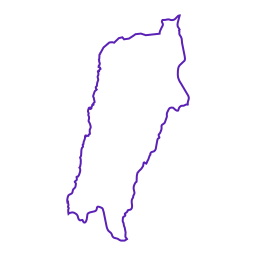 the border of Atacama
{"feature_id": "CHL-2696", "entity_name": "Atacama", "entity_type": "Region", "adm_level": 1, "iso_a3": "CHL", "parent_name": "Chile", "parent_adm1": "", "projection": "equal_earth", "projection_center": [-70.184, -27.52], "detail": "fine", "context": "isolated", "style": "outline", "palette": "violet", "viewbox_px": 256, "rotation_deg": 0, "n_neighbors": 0, "source": "natural_earth", "source_scale": "10m", "svg_char_len": 5680}
<svg xmlns="http://www.w3.org/2000/svg" viewBox="0 0 256 256"><path d="M179.7,15.4L177.7,22.8L177.5,24.7L177.6,25.7L177.8,26.6L179.1,28.7L179.6,29.7L179.0,30.5L179.4,31.6L179.3,32.9L179.4,34.3L180.1,35.6L180.8,36.5L181.3,37.7L181.7,39.0L182.1,43.2L184.7,56.3L185.0,58.9L184.6,60.6L179.7,65.2L178.6,67.0L178.2,68.7L177.9,70.8L177.8,74.8L178.1,77.4L178.8,79.5L179.7,81.5L181.0,83.5L188.2,95.7L188.7,97.1L188.8,98.6L188.6,99.5L188.0,101.4L187.8,102.3L187.7,102.9L187.8,104.2L187.7,104.6L187.4,104.6L186.4,104.5L185.9,104.6L184.2,105.5L183.5,105.7L181.5,105.8L180.6,106.2L179.8,106.9L179.1,107.8L178.7,108.9L178.4,109.9L178.0,110.6L177.1,110.7L175.6,110.0L174.3,108.8L173.0,107.7L171.3,107.6L169.9,108.0L169.4,108.4L168.8,109.2L167.2,112.4L166.9,113.5L166.8,114.4L166.9,116.4L166.7,117.3L164.9,122.3L164.5,123.0L163.8,123.6L162.5,124.5L161.9,125.0L161.6,125.6L161.5,126.3L161.5,127.0L161.6,127.6L161.5,128.9L161.2,130.2L160.2,132.7L159.9,133.2L159.0,134.2L158.7,134.7L158.7,135.5L158.9,136.2L159.2,136.8L159.4,137.5L159.2,137.9L158.1,138.5L157.8,138.9L157.5,139.5L157.1,141.4L155.7,149.1L155.0,150.4L154.0,151.3L151.8,152.0L151.2,152.3L150.7,152.9L150.3,153.6L150.3,154.0L150.4,154.4L150.4,154.7L149.7,155.5L148.3,159.5L147.4,161.1L146.6,163.1L146.3,163.6L145.7,163.4L144.9,162.8L144.2,162.4L143.6,162.9L143.2,165.5L142.9,166.4L141.2,168.9L139.2,170.8L137.5,172.9L137.4,173.1L136.8,175.9L136.6,181.2L136.5,181.8L136.3,182.0L136.0,182.1L135.7,182.3L134.9,183.6L134.2,185.1L133.7,186.8L133.6,188.5L133.8,189.6L134.3,191.8L134.5,192.9L134.3,193.8L133.2,196.1L133.2,196.5L133.2,197.0L133.1,197.4L132.9,197.8L132.5,198.5L132.1,199.2L131.8,200.2L131.7,201.2L131.7,202.2L131.8,203.2L132.1,205.7L132.0,207.0L131.8,208.1L131.1,209.2L130.2,209.7L128.3,210.1L127.7,210.4L127.6,210.7L127.6,211.0L127.3,211.6L126.9,212.1L125.9,212.8L125.3,213.4L125.1,213.5L124.9,213.6L124.8,213.9L124.8,214.2L125.3,214.9L125.3,215.3L125.1,215.7L124.8,216.1L124.4,216.4L124.0,216.5L123.2,217.1L122.9,218.1L122.7,220.5L122.8,221.4L123.0,222.1L123.4,222.7L123.6,223.5L124.0,226.0L124.3,226.5L124.5,227.1L124.7,227.6L125.6,232.4L125.5,233.9L125.4,235.4L125.4,236.6L125.7,237.5L126.7,238.5L127.0,239.1L126.3,239.5L125.0,240.4L124.5,240.6L124.2,240.6L121.0,240.6L120.2,240.3L119.2,239.8L118.1,239.0L117.2,238.6L114.1,237.8L113.0,237.0L112.4,236.1L111.7,234.2L111.3,233.5L110.9,232.9L108.5,230.9L107.8,229.8L107.3,228.8L106.7,227.0L103.7,212.1L102.8,209.1L102.3,208.3L101.6,207.8L99.1,206.8L98.4,206.7L97.8,206.7L97.2,207.1L97.0,207.5L96.9,208.0L96.8,208.7L96.6,209.4L96.3,210.1L95.7,210.8L94.6,211.3L89.9,212.4L88.6,213.0L87.8,213.6L87.6,214.0L87.4,214.6L86.8,218.8L86.6,219.8L86.0,221.3L85.5,222.1L84.9,222.5L84.1,222.5L83.4,221.9L83.1,221.4L82.9,221.0L82.8,220.7L82.7,220.3L82.5,220.0L82.2,219.9L81.8,220.0L80.6,220.3L80.0,220.3L79.4,220.0L78.7,219.2L78.3,218.3L77.7,216.1L77.4,215.4L76.9,214.7L76.3,214.1L75.6,213.6L74.2,212.8L73.2,212.5L72.1,212.4L69.9,212.9L68.6,213.7L68.5,213.8L68.3,212.8L68.2,210.3L68.2,210.2L68.2,209.9L68.2,209.6L68.3,209.3L68.6,208.8L68.7,208.6L68.7,207.9L68.4,207.5L68.1,207.2L68.0,206.7L68.1,206.2L68.4,205.5L68.5,205.0L68.0,202.7L68.1,202.0L68.0,201.7L67.4,202.1L67.2,200.2L67.6,197.6L68.4,195.4L69.6,194.5L70.2,194.3L71.7,193.5L72.0,193.1L72.5,192.2L72.9,190.2L73.3,189.3L74.8,187.8L75.4,186.9L75.9,184.0L75.9,183.5L75.7,183.1L75.3,182.7L75.0,182.3L74.8,181.7L75.2,181.2L75.9,180.7L76.6,180.1L76.9,179.2L76.6,177.4L76.6,176.9L76.9,176.7L77.3,176.6L77.7,176.6L77.9,176.6L78.8,175.4L79.6,173.3L80.2,171.1L80.2,169.3L80.0,168.5L79.8,168.1L79.6,167.9L79.4,167.7L79.7,167.2L80.2,166.4L80.3,165.5L80.7,163.6L80.8,160.1L80.6,158.9L80.1,157.6L80.3,157.1L80.7,156.6L80.9,156.1L81.1,155.3L81.4,150.2L81.6,149.0L82.0,147.9L82.2,147.6L82.5,147.4L82.8,147.0L83.0,146.5L82.8,145.4L82.7,144.8L82.9,144.5L83.3,144.3L83.4,143.9L83.5,143.4L83.5,142.9L83.7,141.8L84.4,140.0L84.8,138.9L85.0,137.8L85.0,136.7L85.2,136.0L85.4,135.6L85.7,135.5L85.8,136.0L86.1,136.3L87.7,135.7L88.4,135.8L88.6,135.2L88.9,134.6L89.3,134.2L89.6,134.0L89.9,133.8L89.9,133.2L89.7,132.0L89.7,129.9L90.6,127.8L90.7,127.3L90.6,126.1L90.2,124.7L89.7,123.3L88.6,121.2L88.7,120.0L89.0,118.9L89.1,117.4L88.9,116.6L88.5,115.6L88.3,114.7L88.7,113.2L88.5,112.7L88.1,111.9L88.0,111.5L88.0,110.8L88.1,110.5L88.5,109.0L88.6,108.6L88.8,108.1L89.2,107.7L89.7,107.7L89.9,108.2L90.0,108.9L90.3,109.0L90.7,108.9L90.9,108.8L91.4,108.3L91.5,107.9L91.4,107.5L91.5,107.0L91.7,106.6L91.9,106.3L92.1,105.9L92.2,105.5L92.3,104.8L92.4,104.7L92.6,104.8L92.9,104.9L93.4,104.8L93.5,104.3L93.3,103.9L93.3,103.5L93.6,103.1L94.3,102.4L94.6,102.1L94.5,101.2L93.9,98.8L93.9,98.3L93.9,98.1L93.2,96.6L93.2,95.9L93.3,95.5L94.6,91.6L94.9,91.1L95.2,90.8L96.0,90.2L96.7,89.6L96.0,88.6L95.9,88.2L95.8,87.8L95.8,87.2L96.1,86.7L96.7,86.2L96.9,85.7L96.9,85.1L97.3,82.5L98.1,80.4L98.2,79.2L97.7,77.5L97.6,76.6L98.0,75.5L98.3,75.1L98.4,74.7L98.4,74.3L98.4,73.6L98.3,73.1L98.0,71.9L97.9,71.5L98.2,71.0L99.1,71.1L99.5,69.6L100.5,68.9L100.0,67.6L98.6,67.0L98.8,65.6L99.5,65.0L99.8,63.5L99.6,62.7L99.2,61.8L99.2,60.5L98.9,59.7L99.2,59.1L99.3,58.3L99.4,56.6L99.4,55.2L99.4,54.8L99.6,54.4L100.0,54.0L100.2,53.8L100.3,53.0L100.6,52.8L103.5,47.5L109.3,42.5L112.2,42.2L114.1,42.7L118.9,38.1L122.4,37.3L124.0,39.3L128.9,38.6L133.3,35.8L135.5,34.2L140.9,33.6L145.8,35.2L159.6,33.7L159.7,32.5L159.9,31.5L160.2,30.7L161.7,27.4L162.6,25.8L162.7,25.6L162.8,25.0L162.9,24.4L162.8,23.9L162.7,23.5L162.6,23.3L162.3,22.7L162.1,22.3L161.9,21.7L162.0,21.1L162.2,20.4L162.4,20.2L162.6,20.0L165.3,19.9L167.1,19.5L168.1,19.4L168.9,19.4L170.8,20.0L172.1,20.1L173.5,19.9L174.5,19.4L175.3,18.8L177.4,16.6L178.2,15.9L178.8,15.6L179.6,15.4L179.7,15.4Z" fill="none" stroke="#5b21b6" stroke-width="2"/></svg>